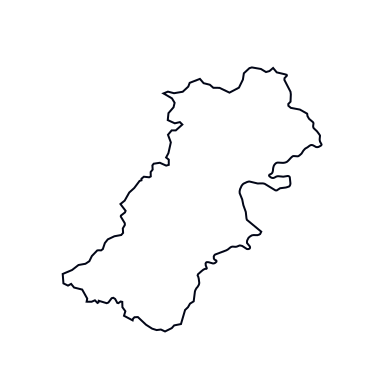 the border of Powys, rotated 35°
{"feature_id": "GBR-2111", "entity_name": "Powys", "entity_type": "Unitary Authority (wales)", "adm_level": 1, "iso_a3": "GBR", "parent_name": "United Kingdom", "parent_adm1": "", "projection": "mercator", "projection_center": [-3.28, 52.311], "detail": "fine", "context": "isolated", "style": "outline", "palette": "ink", "viewbox_px": 384, "rotation_deg": 35, "n_neighbors": 0, "source": "natural_earth", "source_scale": "10m", "svg_char_len": 3739}
<svg xmlns="http://www.w3.org/2000/svg" viewBox="0 0 384 384"><g transform="rotate(35 192 192)"><path d="M241.4,61.8L243.1,63.6L245.9,64.9L251.0,65.4L251.7,65.7L252.2,66.2L253.4,68.5L254.1,69.3L255.0,69.9L259.6,70.6L263.5,71.9L264.5,72.4L264.7,72.7L266.4,75.7L267.2,76.6L268.0,77.3L270.8,78.7L271.1,79.5L270.9,80.3L269.8,82.5L268.8,83.5L267.8,84.0L264.6,84.3L263.6,84.6L262.9,85.0L262.3,85.6L261.8,86.6L261.0,89.1L259.9,91.4L259.7,92.5L259.5,94.3L259.7,97.7L259.1,100.2L258.6,101.6L257.9,102.3L254.7,104.2L254.1,104.8L253.7,105.9L253.4,107.3L252.9,111.0L252.6,112.3L252.3,113.2L251.2,114.7L249.9,115.9L245.4,118.7L244.8,119.3L244.3,120.1L244.0,121.3L243.9,122.8L244.1,124.0L244.8,125.9L246.1,128.2L246.4,129.0L246.7,129.9L246.7,130.9L246.4,131.8L245.5,133.4L245.6,134.2L246.3,134.7L248.1,134.8L249.3,134.6L250.3,134.1L250.9,133.5L251.4,132.7L252.2,131.0L252.8,130.3L253.4,129.7L258.0,127.1L261.2,124.0L262.0,123.6L262.8,123.5L263.6,123.8L267.7,128.5L268.3,129.7L268.5,130.7L268.4,131.7L267.5,133.0L266.3,134.5L262.0,138.4L260.5,142.1L259.4,142.8L246.8,143.6L245.1,144.3L240.8,147.4L233.2,150.4L232.5,150.9L231.4,152.2L229.5,155.5L229.2,156.5L229.1,157.6L229.1,158.6L229.5,160.7L229.7,161.9L230.2,163.2L230.6,164.1L231.2,164.9L231.7,165.6L237.4,169.3L241.6,173.3L247.5,177.5L251.7,182.3L252.9,183.3L271.5,184.8L271.9,187.3L271.5,188.3L270.4,189.8L267.1,192.0L265.9,193.2L265.1,195.0L264.6,196.9L264.6,197.3L265.0,200.1L265.6,201.3L266.3,202.2L270.5,203.4L271.2,203.9L271.6,204.6L271.6,205.5L270.7,206.6L269.7,207.2L264.1,207.4L262.5,208.0L261.8,208.4L261.4,208.9L260.2,210.8L259.7,211.4L259.0,212.0L256.8,213.3L256.1,213.9L255.6,214.6L255.2,215.5L254.3,218.6L253.5,220.2L246.8,230.0L246.6,231.1L246.8,232.3L248.1,234.0L249.2,234.4L250.1,234.4L250.9,234.2L251.7,234.5L252.0,235.3L251.6,236.8L251.0,237.8L250.2,238.5L245.9,240.0L244.4,240.9L244.0,241.7L244.1,242.7L245.3,244.2L247.8,245.9L247.9,246.2L247.8,246.7L246.9,247.3L246.4,248.1L245.9,249.0L245.2,251.3L244.1,255.9L244.3,256.6L244.5,257.2L245.7,257.8L247.2,259.1L250.1,262.3L250.6,263.4L250.9,264.6L251.0,266.8L250.8,268.2L251.0,270.2L251.4,271.7L256.1,280.6L254.4,284.6L254.8,288.7L254.0,292.6L258.7,306.5L253.9,311.5L253.5,315.1L249.9,321.7L245.4,322.5L242.2,325.4L238.7,326.5L237.8,326.8L230.5,327.1L219.4,325.5L216.7,327.6L216.4,329.7L217.0,331.2L209.6,332.1L207.3,332.4L205.8,327.9L201.1,326.3L197.9,322.0L196.4,322.6L195.4,325.3L194.4,325.7L193.0,325.0L190.4,323.7L188.2,323.8L187.1,325.1L186.9,330.5L185.9,332.0L178.0,334.6L178.7,336.1L178.2,337.1L174.6,336.4L172.7,339.5L168.6,342.3L167.3,339.4L158.0,334.9L150.2,337.9L145.7,336.6L144.1,339.8L139.1,340.6L133.1,333.3L138.5,324.7L140.9,316.9L145.9,311.9L147.6,307.6L146.7,301.9L147.9,294.2L149.2,293.1L151.0,292.0L151.7,289.9L149.9,283.8L150.2,279.1L153.8,272.8L158.7,267.8L159.0,265.0L156.2,261.5L155.9,257.5L154.8,256.1L147.8,253.0L147.3,252.1L148.8,247.2L148.4,245.5L142.7,243.7L140.3,242.9L141.8,237.7L140.9,228.4L142.4,221.9L142.7,213.0L143.9,211.4L143.0,210.1L143.8,207.1L148.5,204.5L149.3,202.9L146.7,199.4L146.9,196.2L144.3,192.9L144.4,190.8L148.9,186.5L155.7,185.2L157.4,183.1L154.4,178.8L151.0,178.6L150.4,173.7L146.2,163.5L139.5,158.9L140.0,153.2L143.4,150.8L145.4,142.3L142.0,141.7L138.5,145.6L130.9,147.0L127.5,140.9L128.3,133.2L126.6,128.9L121.9,126.8L112.1,127.6L114.7,123.6L120.6,121.4L126.9,115.2L128.5,107.8L127.5,103.9L133.6,94.8L139.1,96.2L145.1,93.9L149.7,94.4L154.8,90.9L165.7,89.1L170.6,79.6L169.2,70.7L166.4,65.0L168.0,57.6L169.6,55.6L177.9,51.7L183.8,51.3L186.1,48.5L187.3,43.9L192.8,45.4L200.3,42.4L202.3,41.7L203.0,42.3L202.5,45.7L203.4,47.2L215.2,53.4L217.0,55.4L220.9,61.5L220.4,64.7L221.5,66.1L224.7,66.4L233.1,62.6L241.3,61.8L241.4,61.8Z" fill="none" stroke="#020617" stroke-width="2"/></g></svg>